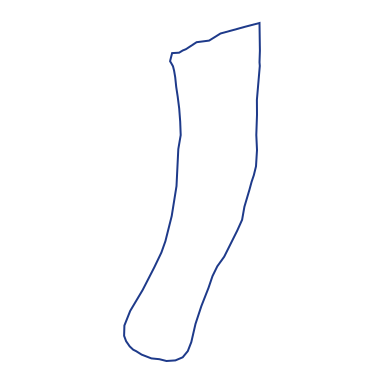 Dimes, Kayangel, Palau (Natural Earth projection)
{"feature_id": "81905179B70449898800022", "entity_name": "Dimes", "entity_type": "district", "adm_level": 2, "iso_a3": "PLW", "parent_name": "Palau", "parent_adm1": "Kayangel", "projection": "natural_earth1", "projection_center": [134.718, 8.077], "detail": "fine", "context": "isolated", "style": "outline", "palette": "blue", "viewbox_px": 384, "rotation_deg": 0, "n_neighbors": 0, "source": "geoboundaries", "source_scale": "gbopen_adm2", "svg_char_len": 861}
<svg xmlns="http://www.w3.org/2000/svg" viewBox="0 0 384 384"><path d="M172.1,53.1L170.3,60.2L170.1,61.3L171.2,63.1L173.0,66.3L174.1,70.7L175.2,77.2L176.2,86.8L177.7,96.7L179.2,108.5L180.2,121.7L180.7,135.1L178.3,149.1L176.5,186.1L171.7,216.1L165.4,241.2L161.4,252.5L154.3,267.3L142.7,289.9L130.2,310.9L124.4,325.5L124.1,335.8L126.1,341.2L129.7,346.4L133.2,349.7L136.2,351.2L141.6,354.6L151.4,358.4L159.4,359.2L166.5,361.0L175.4,360.4L182.7,357.3L187.8,351.1L191.3,342.1L195.5,323.9L201.4,306.0L208.5,287.9L212.5,276.1L217.3,266.3L224.2,256.7L237.2,230.7L242.1,219.8L244.4,206.8L249.4,189.9L251.6,181.8L253.8,175.3L256.0,166.3L257.0,150.0L256.3,135.0L257.0,114.7L256.9,99.8L259.8,65.9L259.5,62.3L259.9,50.7L259.5,23.0L245.3,26.7L220.5,33.5L209.1,40.6L196.6,42.2L185.9,49.2L182.7,50.5L179.1,52.7L172.1,53.1Z" fill="none" stroke="#1e3a8a" stroke-width="2"/></svg>